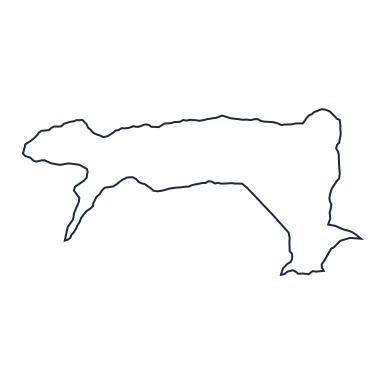 the district of São Benedito, Ceará, Brazil
{"feature_id": "56859067B56740844379341", "entity_name": "São Benedito", "entity_type": "district", "adm_level": 2, "iso_a3": "BRA", "parent_name": "Brazil", "parent_adm1": "Ceará", "projection": "albers", "projection_center": [-40.987, -4.067], "detail": "fine", "context": "isolated", "style": "outline", "palette": "slate", "viewbox_px": 384, "rotation_deg": 0, "n_neighbors": 0, "source": "geoboundaries", "source_scale": "gbopen_adm2", "svg_char_len": 3177}
<svg xmlns="http://www.w3.org/2000/svg" viewBox="0 0 384 384"><path d="M64.8,240.6L68.0,239.5L70.2,238.0L71.3,235.1L73.8,232.2L75.9,229.0L77.4,225.6L79.5,222.3L81.3,217.7L83.7,214.5L86.4,211.2L89.5,209.2L92.9,206.2L93.4,202.9L94.8,200.3L96.7,196.7L99.7,194.1L102.0,190.4L104.7,187.7L109.5,187.0L113.1,186.4L116.8,184.2L118.9,182.3L122.6,179.7L127.0,177.5L132.6,177.2L136.2,179.1L138.5,181.9L141.5,183.3L144.9,184.2L150.8,188.3L153.4,190.7L157.4,191.3L161.4,190.8L165.2,189.8L168.9,188.7L175.3,187.7L180.3,187.4L185.5,186.7L189.1,186.6L191.4,185.3L194.6,184.6L198.7,183.8L202.7,182.9L205.5,183.0L208.5,181.2L211.7,181.6L215.0,183.5L217.9,182.8L221.0,183.6L224.0,183.6L227.6,183.4L231.6,183.1L235.1,183.6L238.2,183.6L242.1,183.7L246.9,187.6L257.3,198.5L263.4,205.1L266.3,208.0L270.5,212.5L272.6,214.7L288.6,232.6L289.1,235.4L289.7,237.9L289.4,241.8L289.6,247.8L289.7,251.4L291.7,253.4L292.3,256.0L292.1,259.0L290.7,262.0L287.3,263.9L285.5,265.9L283.2,268.1L282.0,271.2L281.0,274.8L284.5,274.1L287.3,271.7L292.9,270.2L295.6,271.6L298.3,273.8L302.9,273.5L308.7,274.2L312.6,271.1L315.7,271.6L323.8,270.9L321.9,267.7L321.7,264.3L324.5,260.4L331.3,248.5L334.0,247.2L340.3,240.8L349.9,237.9L361.0,238.7L357.0,235.4L352.8,232.5L350.1,231.3L347.6,230.5L344.9,229.9L342.2,229.0L338.8,227.4L335.4,225.9L332.1,225.3L328.2,224.6L329.2,221.5L330.3,218.6L330.0,215.6L329.6,212.8L330.7,208.8L331.4,204.5L330.0,201.5L329.4,198.4L329.9,195.1L330.8,191.7L331.6,189.0L333.5,186.1L335.5,183.0L337.1,180.7L339.1,178.5L339.8,174.0L339.4,169.2L339.1,165.1L338.9,159.7L338.8,154.9L338.0,151.6L336.1,148.3L337.1,144.7L339.2,142.8L339.8,139.2L340.5,135.2L340.7,132.1L340.3,129.2L340.4,126.0L340.1,122.7L339.7,119.9L336.8,118.7L334.3,115.9L329.9,111.5L325.7,109.7L321.5,109.2L318.1,110.6L314.1,112.1L312.0,114.0L308.6,115.7L306.3,118.4L304.9,120.7L302.6,123.5L298.7,123.4L295.5,123.5L291.7,124.3L287.4,124.5L284.4,124.5L281.6,125.1L277.1,123.1L272.6,122.1L267.3,121.8L263.8,121.6L260.4,120.8L257.9,119.2L254.5,119.2L250.3,120.1L246.8,119.6L242.4,119.8L239.0,119.2L235.0,118.8L230.2,118.2L225.9,116.7L222.2,115.6L218.9,116.8L216.4,117.8L212.9,118.2L210.3,118.7L207.6,119.1L203.7,120.1L199.2,120.8L195.7,120.2L193.0,120.1L190.0,119.8L186.4,120.6L183.1,120.0L180.5,121.6L177.7,122.1L174.6,122.0L171.3,123.1L167.8,123.4L164.5,123.5L161.7,125.3L158.8,127.1L155.0,126.9L151.4,126.9L149.1,125.1L146.5,124.4L143.7,124.8L140.8,126.1L137.9,126.9L133.2,126.3L129.1,127.8L124.6,128.4L121.9,128.1L118.7,129.9L115.6,130.6L113.6,132.3L110.2,134.6L106.7,136.5L102.9,137.0L100.2,135.6L97.1,134.6L93.6,133.1L90.4,129.6L88.0,127.6L86.8,124.5L84.4,122.1L82.4,119.9L79.3,120.2L76.6,120.1L74.2,121.2L69.2,122.0L64.0,123.8L61.1,126.4L58.5,126.6L54.3,126.5L51.5,127.8L48.9,130.1L44.1,130.6L41.2,130.9L38.9,132.6L37.1,135.3L33.6,138.6L30.3,141.2L27.7,142.8L25.4,144.2L24.5,147.8L23.0,153.7L25.4,156.1L30.1,157.6L33.9,161.0L36.6,161.6L41.4,160.4L44.7,160.3L50.8,163.2L59.9,164.9L68.4,163.4L71.6,163.7L79.4,164.8L86.7,168.8L87.7,171.6L87.1,174.2L86.7,177.6L84.1,180.6L75.0,186.7L73.9,190.5L79.3,197.9L78.9,201.7L73.9,213.4L73.6,217.1L72.8,219.9L67.8,226.8L65.4,237.7L64.8,240.6Z" fill="none" stroke="#1e293b" stroke-width="2"/></svg>